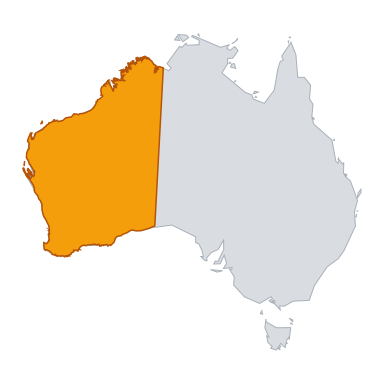 Australia, with Western Australia highlighted
{"feature_id": "AUS-2651", "entity_name": "Western Australia", "entity_type": "State", "adm_level": 1, "iso_a3": "AUS", "parent_name": "Australia", "parent_adm1": "", "projection": "albers", "projection_center": [121.445, -24.431], "detail": "fine", "context": "in_parent", "style": "filled", "palette": "amber", "viewbox_px": 384, "rotation_deg": 0, "n_neighbors": 0, "source": "natural_earth", "source_scale": "10m", "svg_char_len": 9189}
<svg xmlns="http://www.w3.org/2000/svg" viewBox="0 0 384 384"><path d="M295.9,54.7L297.7,77.4L304.4,77.4L310.6,85.2L309.5,98.9L313.0,104.3L311.8,117.0L313.7,124.1L331.9,140.1L335.9,161.6L338.0,163.1L339.1,159.6L342.8,164.2L343.8,162.5L343.5,173.0L345.5,176.6L350.4,180.9L357.5,200.4L354.5,211.6L355.4,226.1L344.2,250.2L338.4,258.5L327.1,266.9L314.4,285.6L309.2,300.4L293.2,301.1L284.4,306.2L279.6,305.9L280.3,309.9L273.8,303.1L275.1,302.0L274.9,300.6L273.5,300.3L270.6,302.2L269.1,300.5L272.5,298.8L271.1,296.7L259.6,303.4L244.5,296.9L233.6,285.0L234.3,277.0L229.4,269.0L231.8,269.6L232.1,267.4L223.4,268.5L226.5,263.4L224.2,255.2L220.1,263.8L213.8,264.0L215.1,261.1L218.0,261.4L223.7,249.6L223.6,240.1L218.2,249.4L211.5,252.4L206.7,257.8L207.0,260.8L204.6,260.2L200.8,256.5L203.4,256.7L202.1,250.8L198.9,243.9L195.7,242.7L195.7,236.9L172.0,225.1L130.0,230.5L116.6,236.9L110.7,245.2L82.1,245.7L66.8,256.0L56.3,255.7L44.3,249.4L43.9,242.5L46.8,243.5L49.2,239.3L48.7,225.3L43.3,214.8L40.9,201.6L25.6,174.5L31.2,177.2L27.5,168.8L30.1,173.7L34.3,175.0L26.6,157.9L30.5,133.5L31.8,139.1L36.4,132.7L53.2,120.9L59.3,121.4L90.6,110.4L102.6,96.4L101.9,87.2L108.3,80.7L113.5,90.9L116.3,85.3L113.0,81.3L114.0,78.8L124.5,80.7L121.2,79.6L123.5,75.7L121.7,72.1L127.4,71.8L125.4,69.1L130.1,68.8L128.6,65.0L132.8,60.9L133.0,63.4L136.3,63.2L136.8,58.4L141.5,60.3L144.7,56.5L149.6,59.4L156.1,66.4L154.7,71.7L159.5,66.8L169.0,70.7L171.1,67.9L167.0,63.6L179.6,46.2L181.8,47.5L186.0,43.2L187.2,45.3L199.1,44.7L199.1,40.3L191.5,36.5L192.8,35.5L220.5,47.3L229.1,44.8L226.7,48.1L230.0,50.4L234.7,46.6L238.1,50.6L232.7,58.2L227.7,58.4L227.4,64.2L221.9,72.9L245.1,92.3L251.8,94.9L253.4,99.1L264.2,103.4L274.2,90.1L277.8,69.2L280.2,61.5L283.4,60.1L281.7,56.2L291.0,42.3L295.9,54.7ZM265.6,321.4L276.4,327.8L290.7,327.6L289.3,339.8L288.7,337.4L286.9,339.7L285.1,347.5L280.8,343.4L276.5,350.0L270.7,348.3L272.2,346.5L267.7,342.2L266.7,335.8L268.8,337.2L264.9,327.8L265.6,321.4ZM178.1,34.6L186.4,35.1L188.7,37.6L182.9,41.7L178.1,34.6ZM210.5,269.7L222.6,270.7L217.2,272.1L210.5,269.7ZM234.5,63.7L235.6,68.4L230.6,67.1L231.7,64.0L234.5,63.7ZM357.3,198.2L358.1,193.0L360.9,189.2L361.0,192.4L357.3,198.2ZM289.1,318.2L292.8,320.0L292.6,321.7L289.1,318.2ZM177.2,35.9L179.8,40.5L174.6,39.9L177.2,35.9ZM262.4,314.3L260.3,313.5L261.9,310.8L262.4,314.3ZM258.3,92.1L255.8,93.1L253.3,93.6L254.8,91.2L258.3,92.1ZM25.5,173.2L23.6,170.8L23.3,168.4L23.6,168.3L25.5,173.2ZM291.4,323.2L292.7,324.6L290.0,323.1L291.4,323.2ZM345.0,174.0L346.7,174.4L346.2,176.6L345.0,174.0ZM312.4,116.9L314.3,118.7L313.8,119.4L312.4,116.9ZM279.9,347.6L279.8,349.6L278.4,348.7L279.9,347.6ZM356.6,214.1L356.1,217.0L355.9,216.9L356.6,214.1ZM199.1,35.9L197.8,34.6L198.7,34.0L199.1,35.9ZM237.3,39.8L235.1,41.8L237.9,38.2L237.3,39.8ZM357.7,210.8L356.6,211.5L357.4,210.7L357.7,210.8ZM235.7,81.3L234.6,81.6L235.3,80.6L235.7,81.3ZM230.5,63.2L229.0,63.3L230.0,62.0L230.5,63.2ZM42.1,121.5L41.8,123.4L41.2,123.3L42.1,121.5ZM288.8,40.9L288.5,42.4L288.1,41.2L288.8,40.9ZM273.4,301.0L273.6,302.0L273.2,301.7L273.4,301.0ZM234.5,42.4L231.7,43.6L234.6,42.0L234.5,42.4ZM128.8,62.8L127.8,63.9L128.5,62.6L128.8,62.8ZM281.0,346.4L280.2,346.6L280.7,346.0L281.0,346.4ZM256.5,97.3L255.1,97.1L255.9,96.3L256.5,97.3ZM123.2,70.9L122.5,71.5L122.5,70.0L123.2,70.9ZM287.3,343.3L286.2,343.7L286.7,342.7L287.3,343.3ZM290.3,36.9L290.0,37.9L289.3,37.3L290.3,36.9ZM272.6,302.2L273.5,303.2L271.9,302.7L272.6,302.2ZM334.4,140.5L333.5,140.4L334.1,139.2L334.4,140.5ZM338.4,159.3L337.9,159.2L338.4,158.3L338.4,159.3ZM266.3,320.0L265.9,320.7L265.8,319.7L266.3,320.0Z" fill="#d9dde1" stroke="#a8b0b8" stroke-width="1"/><path d="M154.8,225.9L148.4,228.6L140.9,230.7L136.1,230.9L132.2,230.0L130.8,230.3L126.9,232.8L122.6,234.4L121.3,235.6L117.2,236.4L115.4,238.2L114.2,242.0L110.8,245.4L109.7,244.9L107.9,246.0L107.6,245.0L106.9,244.6L103.6,244.9L103.3,245.5L101.6,245.1L101.0,245.5L100.9,246.1L99.6,246.0L99.5,244.8L98.9,244.2L97.3,244.9L93.7,244.1L92.4,244.6L87.6,244.9L86.3,245.6L83.3,245.2L81.7,245.8L79.9,247.3L79.1,248.9L79.8,249.5L78.7,249.4L78.3,250.6L77.8,250.1L77.3,250.9L76.4,250.4L74.2,250.2L74.6,250.7L73.4,251.2L73.4,252.0L71.2,253.0L70.9,254.5L69.1,254.9L69.4,255.6L68.7,255.3L66.6,255.8L67.9,256.3L67.3,256.6L65.4,256.0L64.9,256.8L62.7,255.8L61.6,255.7L61.2,256.2L58.0,255.8L57.3,256.2L55.4,255.4L56.2,255.2L55.3,254.5L55.2,255.1L52.1,254.4L51.6,253.2L49.1,250.9L46.5,249.7L45.7,249.7L45.2,250.3L44.3,249.3L43.8,245.7L43.9,242.6L45.5,243.6L46.9,243.4L48.0,242.3L48.8,240.3L49.4,240.2L49.3,239.3L49.1,240.1L49.0,237.7L48.3,234.3L49.1,232.9L48.6,234.3L49.3,235.4L48.8,234.0L49.6,233.7L49.2,233.1L49.3,231.2L48.7,230.7L49.2,230.6L49.4,229.8L48.9,226.0L45.4,218.8L44.2,217.3L43.1,214.5L42.0,209.9L42.0,204.7L40.8,201.3L38.7,198.8L37.9,195.9L34.8,192.1L34.1,189.9L34.4,188.2L33.1,184.8L29.3,178.9L26.8,176.6L25.4,174.2L26.4,174.9L26.5,172.7L26.9,175.3L27.4,176.3L27.0,172.8L27.4,174.3L27.8,174.1L28.3,177.1L28.7,175.3L29.0,177.9L29.4,176.7L29.9,178.7L31.1,178.1L31.5,177.3L31.5,175.6L30.6,174.7L29.8,174.6L28.9,173.4L28.6,172.0L27.4,170.1L28.0,168.0L28.1,168.8L30.0,170.6L30.2,171.4L30.2,174.3L30.7,174.4L31.1,173.6L31.1,171.9L31.6,172.2L31.6,173.5L32.7,176.0L33.4,176.5L34.4,175.2L33.9,172.1L34.6,172.1L34.4,170.8L33.5,170.3L30.3,164.6L29.3,164.1L28.4,160.6L26.4,157.7L26.7,152.9L27.8,150.1L29.1,148.5L28.8,145.7L29.2,144.6L29.1,143.5L28.7,142.2L27.8,141.7L27.6,140.3L30.5,133.1L31.8,132.9L31.1,136.3L31.4,137.7L32.0,137.6L31.6,139.3L32.1,139.5L33.0,138.7L33.5,139.1L34.7,136.0L34.6,134.5L35.1,134.8L35.8,132.9L42.9,129.3L44.1,127.6L45.7,126.6L46.7,125.0L48.5,124.1L48.8,122.9L51.1,122.5L53.2,121.0L53.9,119.8L54.4,119.8L53.9,121.0L54.5,121.4L57.1,120.3L57.4,121.0L58.5,121.4L61.7,120.9L63.1,120.3L65.8,117.8L71.5,116.9L73.9,113.9L74.5,114.3L74.8,113.9L77.2,114.2L78.3,114.8L79.5,113.8L84.0,113.3L90.2,110.6L92.3,109.1L94.3,106.8L96.3,102.9L96.0,102.0L97.4,101.5L97.1,100.7L97.8,99.6L98.7,99.6L102.6,96.4L102.5,95.1L101.0,95.1L101.3,94.5L101.3,92.6L100.8,91.2L101.1,88.4L102.0,86.8L103.8,85.7L103.8,85.2L104.9,85.7L104.2,84.6L104.8,83.9L106.9,83.9L106.2,83.2L106.4,82.3L107.5,81.4L107.8,80.5L108.7,80.2L108.5,80.6L109.0,81.0L108.5,81.1L108.2,82.1L108.9,83.1L109.7,83.1L109.4,83.8L109.9,84.2L109.8,85.2L110.8,86.2L113.5,91.6L113.5,89.4L114.2,87.8L113.7,86.9L113.8,85.9L116.6,88.1L115.6,86.1L116.2,86.3L116.0,85.6L117.1,84.5L116.9,84.2L116.6,84.8L115.6,85.1L114.9,83.7L113.1,82.8L114.0,81.8L113.1,82.0L112.4,81.3L113.0,81.4L112.7,81.0L114.3,81.6L113.8,81.4L114.4,81.2L113.1,80.5L115.0,80.7L114.2,80.1L115.0,80.3L115.0,79.8L113.4,79.2L113.7,78.4L115.1,78.0L115.9,78.5L115.5,78.6L115.9,79.0L115.2,79.1L116.3,79.8L116.3,80.8L116.6,79.9L117.5,80.3L117.1,79.5L117.5,79.4L116.8,78.8L118.7,79.3L119.6,80.5L120.6,80.6L121.0,80.1L125.5,80.9L123.8,80.1L121.2,79.9L121.0,78.8L121.5,77.4L122.3,78.5L123.0,77.9L123.2,75.9L124.3,75.1L123.2,75.1L122.0,76.8L121.6,75.2L121.3,75.7L121.1,73.8L121.6,73.3L121.1,72.4L121.8,72.4L122.0,71.9L123.4,72.3L123.5,71.4L123.9,72.0L124.4,70.9L123.8,70.8L123.8,69.9L124.6,70.2L124.5,70.7L125.0,70.3L125.2,70.9L126.1,71.0L126.7,71.6L126.6,72.1L127.2,72.3L127.3,71.8L128.5,72.5L127.5,71.6L128.1,70.6L127.2,70.3L126.1,70.8L125.8,70.4L127.4,69.2L125.7,69.9L125.4,69.1L125.8,68.6L126.6,68.9L127.1,68.6L126.9,67.4L127.6,67.4L127.4,67.9L128.0,68.0L128.4,69.2L128.2,67.9L128.4,67.8L129.5,69.0L130.8,69.0L130.2,68.2L130.8,67.8L128.6,67.2L129.7,66.6L128.8,66.2L128.2,65.2L129.7,64.3L129.1,64.1L130.2,63.0L130.1,64.1L130.6,63.4L131.0,64.4L131.5,63.0L132.4,63.5L132.4,60.8L133.8,61.0L133.6,61.6L133.1,61.6L133.3,63.2L132.8,64.4L133.7,62.2L133.7,62.9L134.8,62.8L134.6,64.0L135.4,64.5L135.5,63.4L136.5,63.3L136.0,62.1L136.7,61.9L136.8,60.8L137.6,60.5L137.5,59.5L136.2,59.3L136.1,58.5L137.2,58.9L136.5,57.9L137.2,57.6L137.2,57.9L137.7,57.9L137.3,58.8L138.3,58.3L137.8,59.4L138.2,59.4L138.0,60.1L138.9,60.8L139.4,60.4L138.9,60.0L139.3,59.2L140.3,58.4L141.5,58.2L140.4,59.5L141.1,59.4L140.8,59.8L141.5,60.1L141.7,60.9L142.2,59.4L142.6,59.9L143.0,59.5L142.8,58.7L144.2,58.4L143.2,56.9L143.8,56.7L144.1,57.2L144.4,57.0L144.1,56.6L145.1,56.3L146.2,57.4L146.0,57.9L146.7,58.7L147.0,57.9L147.3,58.5L147.7,58.0L148.5,58.7L148.5,58.1L149.3,58.5L149.6,59.6L151.5,60.8L153.9,64.6L154.4,64.5L156.4,66.0L155.9,66.4L156.0,67.1L155.3,67.3L154.4,71.4L154.7,72.4L154.2,73.3L154.9,72.6L155.2,70.4L156.6,72.5L155.9,69.2L157.1,67.9L157.3,69.1L157.5,68.6L158.0,69.2L158.3,69.2L157.9,66.9L159.1,66.6L163.3,67.9L154.8,225.9ZM25.2,172.3L25.8,174.1L23.5,170.7L23.0,168.4L23.4,168.0L23.8,168.1L25.1,171.7L24.9,172.4L25.2,172.3ZM42.4,122.1L42.0,123.3L41.1,123.5L42.1,121.5L42.4,122.1ZM123.0,70.6L123.6,71.2L122.5,71.6L123.0,71.0L121.9,70.9L122.9,69.8L123.0,70.6ZM128.4,62.5L128.9,63.9L128.2,64.4L127.9,63.5L128.3,63.6L128.4,62.5ZM157.5,67.6L158.2,69.2L157.5,68.4L157.5,67.6ZM155.4,69.0L155.9,69.9L155.8,70.5L155.3,69.9L155.4,69.0ZM24.2,166.0L24.1,164.0L24.4,163.4L24.2,166.0ZM24.5,162.3L24.4,163.3L24.6,161.0L24.5,162.3ZM121.5,70.0L121.7,70.4L120.8,70.3L121.5,70.0ZM126.2,67.0L126.2,67.9L125.7,67.3L126.2,67.0ZM140.9,57.6L141.4,57.6L141.9,57.9L141.0,57.9L140.9,57.6ZM46.8,228.4L47.5,228.1L46.8,228.4ZM48.6,229.5L48.8,230.1L48.8,230.4L48.6,230.3L48.6,229.5Z" fill="#f59e0b" stroke="#b45309" stroke-width="1.5"/></svg>